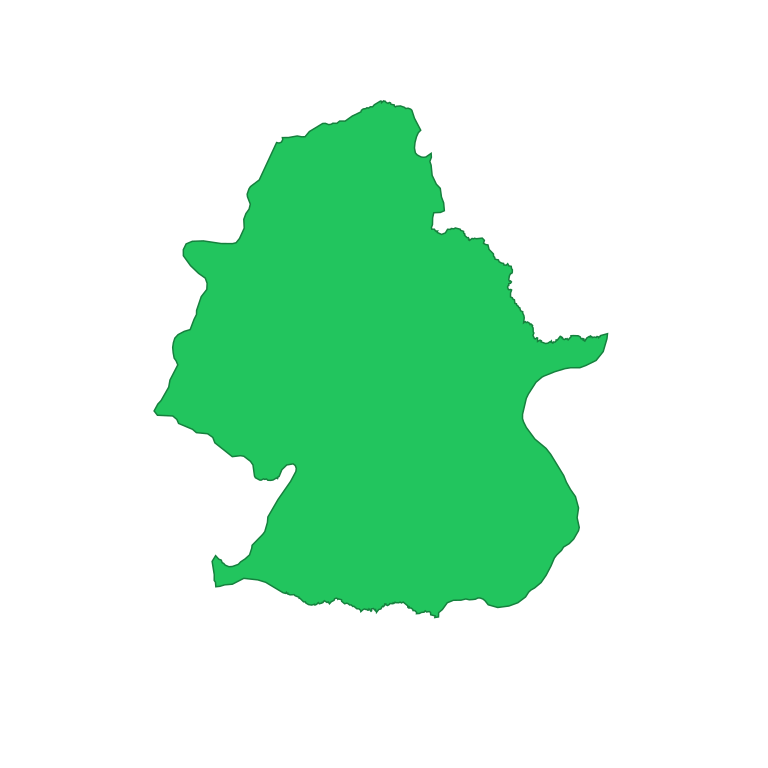 Nadowli-kaleo, Upper West, Ghana (Natural Earth projection), rotated 207°
{"feature_id": "2480657B27045720373273", "entity_name": "Nadowli-kaleo", "entity_type": "district", "adm_level": 2, "iso_a3": "GHA", "parent_name": "Ghana", "parent_adm1": "Upper West", "projection": "natural_earth1", "projection_center": [-2.713, 10.287], "detail": "fine", "context": "isolated", "style": "filled", "palette": "green", "viewbox_px": 768, "rotation_deg": 207, "n_neighbors": 0, "source": "geoboundaries", "source_scale": "gbopen_adm2", "svg_char_len": 6171}
<svg xmlns="http://www.w3.org/2000/svg" viewBox="0 0 768 768"><g transform="rotate(207 384 384)"><path d="M589.3,550.4L587.8,509.2L592.6,499.3L592.9,496.6L592.1,491.0L590.6,488.8L584.8,483.6L583.6,478.6L584.4,473.2L583.7,467.1L579.3,459.4L578.8,448.1L579.9,442.7L582.7,440.3L592.9,435.2L609.9,429.5L619.6,424.1L623.9,419.0L623.8,412.6L621.0,407.2L610.1,401.6L599.5,398.4L591.3,397.2L587.3,393.4L584.8,387.8L586.5,378.9L584.4,364.5L582.6,360.8L582.6,355.4L581.4,344.5L585.9,340.2L589.9,334.5L591.2,329.9L590.4,325.2L588.9,320.7L586.0,316.1L582.7,311.8L579.8,310.3L576.4,307.4L576.5,290.4L574.4,283.5L575.1,268.1L576.4,263.5L576.6,255.6L571.7,253.3L557.8,259.6L552.5,258.4L549.1,255.6L534.1,256.7L529.1,255.5L518.6,259.6L512.3,258.7L508.0,254.8L486.2,250.4L479.3,255.0L476.1,256.0L467.9,254.5L464.0,252.4L457.6,243.2L456.0,242.1L451.2,242.0L449.9,242.5L448.2,244.8L447.1,244.8L445.5,246.0L443.8,245.5L441.2,246.7L439.3,248.1L437.2,251.4L435.9,251.4L436.2,253.2L435.5,253.9L436.1,261.3L433.9,267.7L428.7,271.6L426.1,271.1L423.9,269.1L422.8,266.1L423.0,254.8L426.0,233.0L427.1,212.8L425.0,207.7L423.2,198.4L423.8,194.9L428.3,180.4L427.3,177.7L426.2,170.7L428.4,165.0L431.0,160.4L431.9,157.2L436.2,152.6L439.2,150.8L443.2,150.5L445.5,151.4L447.0,151.3L449.1,153.2L451.7,152.9L456.1,154.6L456.6,147.9L448.7,137.1L446.1,131.9L444.2,130.9L441.8,127.0L438.4,129.2L434.8,132.7L428.2,136.8L420.7,147.2L407.5,152.2L399.4,153.6L379.2,152.2L376.5,152.8L376.4,154.0L375.6,153.4L374.8,153.9L374.5,153.2L372.0,153.5L368.5,155.5L367.1,155.0L362.9,155.4L362.3,154.5L361.5,154.9L356.8,153.4L355.1,154.2L354.3,153.4L351.1,153.2L348.1,154.2L345.9,156.2L345.2,155.7L344.0,157.1L343.3,159.4L341.9,158.8L339.8,160.7L339.9,161.4L339.2,161.6L338.8,163.8L335.6,163.5L334.8,164.5L332.8,163.4L332.1,166.1L330.3,168.6L330.6,170.2L329.2,171.6L327.7,171.7L327.4,171.2L326.8,171.9L323.9,172.5L323.1,171.2L319.3,170.3L317.7,171.8L316.3,172.0L314.2,171.5L313.0,172.3L310.8,171.6L309.9,172.3L306.2,171.4L304.3,172.3L302.2,171.8L301.3,170.7L300.2,173.6L299.2,174.7L297.4,174.9L296.9,175.5L295.7,175.1L295.3,175.4L295.3,176.8L292.4,175.6L292.1,176.4L293.1,177.9L291.4,179.2L289.9,178.4L289.2,179.2L288.5,177.9L287.5,178.0L287.0,177.2L286.3,180.7L284.7,182.1L284.5,184.8L284.2,185.5L283.4,185.4L283.0,187.0L283.5,188.3L282.5,188.9L282.0,188.2L280.3,188.2L279.2,189.9L279.1,191.0L276.3,192.3L276.5,193.2L275.5,193.2L275.1,194.6L274.5,194.4L271.5,195.8L270.6,197.0L269.1,196.8L267.9,198.4L262.1,197.1L261.6,196.1L260.6,196.9L260.3,195.7L258.1,196.7L256.0,196.2L255.3,195.3L253.5,196.1L251.1,195.2L250.8,194.1L248.3,195.6L246.9,197.5L244.7,198.9L244.3,200.6L242.6,200.2L240.3,201.8L238.9,201.6L237.6,199.6L233.1,200.6L232.7,199.0L229.7,201.2L231.5,205.1L229.6,209.5L228.3,217.8L224.0,222.8L217.2,226.4L213.5,229.6L210.0,230.5L207.0,232.3L204.8,233.8L203.2,236.0L201.2,237.0L198.2,237.3L195.7,236.8L190.9,234.6L181.2,236.5L171.9,242.9L165.4,249.9L161.2,258.5L160.6,264.3L159.5,267.2L157.2,270.7L153.9,278.4L152.7,287.3L152.6,297.8L153.2,306.2L152.5,310.1L150.3,316.4L150.0,320.2L146.5,325.9L144.6,331.9L144.1,341.6L144.9,344.8L151.2,352.5L154.4,361.9L162.3,370.6L170.0,374.7L176.9,379.3L182.3,384.0L203.5,397.0L210.4,400.2L224.5,403.4L237.5,409.9L242.6,413.7L244.9,416.1L246.8,419.9L250.7,435.8L250.8,440.6L249.4,454.5L246.4,461.8L245.0,463.8L237.5,472.4L229.8,479.8L225.3,483.1L216.8,487.5L212.5,492.2L205.7,501.3L203.4,512.4L205.9,525.5L207.7,530.3L213.2,525.3L212.9,524.4L213.8,523.5L213.8,522.8L214.7,523.3L215.8,523.0L215.9,521.9L217.9,521.3L219.5,519.9L220.0,520.4L221.9,520.5L221.8,519.2L222.8,519.4L224.2,517.1L224.5,513.4L226.6,513.6L226.1,514.8L227.5,514.8L228.8,513.8L230.7,515.1L232.9,515.1L237.2,513.1L239.3,511.9L238.8,511.1L240.0,506.9L241.5,507.6L242.1,506.6L242.9,506.7L243.3,505.6L244.5,505.2L246.2,506.4L246.8,505.8L247.7,506.6L248.6,506.5L249.5,501.8L250.6,501.5L250.2,500.0L250.8,498.8L252.0,498.4L252.1,497.1L253.0,497.1L254.4,498.3L254.5,497.0L255.2,497.1L256.6,494.7L258.5,493.4L263.3,492.9L263.4,493.9L264.9,493.9L266.5,491.6L268.1,494.7L268.8,494.6L269.6,492.9L270.6,492.8L273.4,495.0L273.6,497.5L274.7,498.1L276.6,501.6L278.1,502.6L278.2,503.6L280.3,504.2L280.8,503.3L281.9,504.2L284.3,504.4L285.1,503.3L286.5,503.7L287.4,501.9L289.1,506.6L290.4,508.4L292.8,510.3L293.1,511.3L295.6,511.3L297.7,513.6L298.6,513.3L299.8,514.3L301.2,514.3L302.4,515.6L304.0,515.3L306.0,518.2L307.8,518.2L308.8,519.1L310.8,519.0L312.6,522.6L313.0,525.7L313.9,525.8L315.5,524.7L316.4,524.9L318.0,526.6L318.0,528.3L317.6,528.5L318.4,530.0L317.0,531.2L316.8,532.8L318.1,533.3L318.8,532.6L320.3,533.7L321.4,537.5L321.3,540.0L320.4,540.5L320.4,541.8L321.5,544.1L322.7,544.7L324.1,546.6L326.2,545.9L328.4,547.3L328.9,545.4L331.2,544.5L332.2,545.7L334.1,545.1L337.0,545.2L338.4,546.5L341.7,545.6L343.0,547.2L344.2,547.4L345.6,549.6L351.5,551.6L354.5,555.1L356.8,554.4L359.2,554.5L359.8,557.6L362.7,558.6L367.6,555.4L369.6,554.9L370.2,553.9L371.6,553.7L373.0,550.7L374.1,550.9L374.0,551.7L375.3,552.7L376.4,552.1L379.7,553.1L380.0,554.3L381.4,554.5L382.4,556.1L385.5,555.7L386.4,556.5L391.3,555.4L392.3,553.9L394.7,553.1L394.9,552.0L397.6,550.7L397.9,546.5L400.6,543.4L405.2,543.2L405.8,543.5L405.7,544.6L407.5,543.7L409.4,544.8L411.7,543.6L412.8,545.0L413.2,548.1L416.1,554.1L417.4,559.2L411.6,562.5L408.9,565.8L413.1,572.5L417.7,576.7L422.7,583.9L428.1,585.8L435.8,591.7L441.4,600.4L444.2,603.1L444.7,607.5L446.7,610.9L449.7,605.3L451.4,604.1L453.6,603.2L456.0,603.1L458.5,603.2L461.0,604.2L464.0,608.1L466.0,613.2L467.3,619.1L467.5,623.5L466.5,626.8L477.5,634.6L483.4,640.5L485.0,641.0L487.7,640.7L489.8,639.3L491.3,639.8L495.6,639.2L499.2,637.0L499.6,636.1L500.8,636.2L501.6,637.3L504.8,636.4L505.8,637.4L507.0,637.3L507.8,635.9L509.7,635.8L511.6,636.5L512.2,635.9L512.8,636.1L513.9,633.6L514.6,634.8L515.6,634.5L519.4,628.4L520.0,625.8L522.0,624.8L523.1,622.7L524.6,622.4L525.3,621.1L527.4,619.6L528.4,617.6L528.1,616.0L533.9,608.4L538.0,600.6L542.9,598.1L544.3,594.9L548.0,593.1L548.9,591.5L551.0,590.0L554.6,589.6L556.9,588.3L565.1,575.1L566.6,568.5L569.5,566.9L573.9,565.6L580.9,560.3L586.4,557.4L585.2,555.8L585.2,552.9L586.9,551.0L589.3,550.4Z" fill="#22c55e" stroke="#15803d" stroke-width="1.5"/></g></svg>